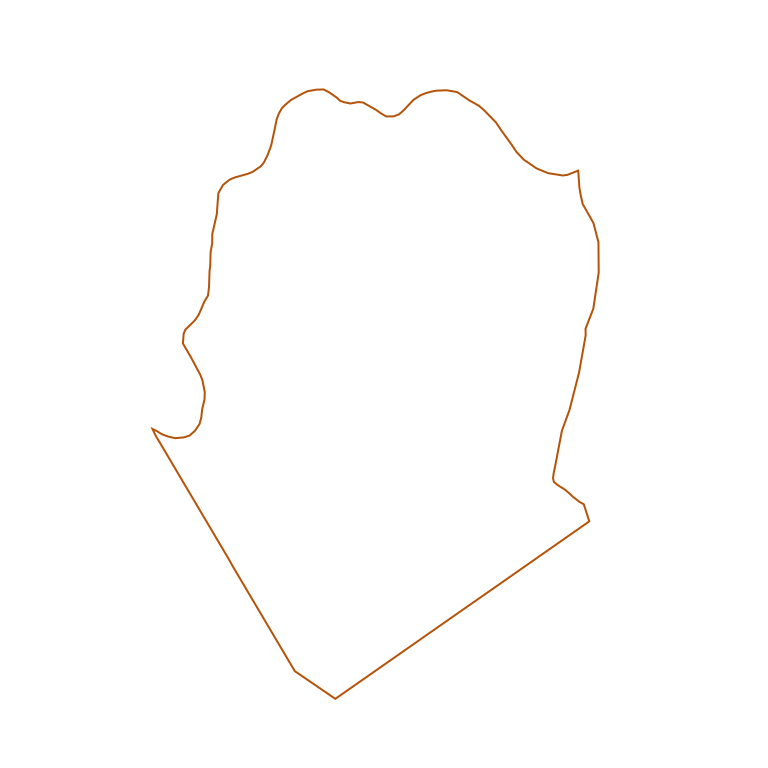 Júlio Borges, Piauí, Brazil, rotated 170°
{"feature_id": "56859067B47361229033127", "entity_name": "Júlio Borges", "entity_type": "district", "adm_level": 2, "iso_a3": "BRA", "parent_name": "Brazil", "parent_adm1": "Piauí", "projection": "orthographic", "projection_center": [-44.174, -10.418], "detail": "fine", "context": "isolated", "style": "outline", "palette": "amber", "viewbox_px": 768, "rotation_deg": 170, "n_neighbors": 0, "source": "geoboundaries", "source_scale": "gbopen_adm2", "svg_char_len": 1556}
<svg xmlns="http://www.w3.org/2000/svg" viewBox="0 0 768 768"><g transform="rotate(170 384 384)"><path d="M486.6,82.4L346.1,147.8L316.3,161.6L205.7,213.1L208.1,230.8L211.9,233.9L217.8,240.4L220.5,244.2L224.4,248.8L230.0,253.8L233.7,258.0L233.9,261.9L232.2,267.3L230.4,271.6L216.9,307.1L206.0,325.9L190.0,361.2L177.0,396.7L175.9,403.5L164.8,421.8L153.2,456.5L148.2,486.4L149.8,506.1L153.0,515.3L157.1,526.8L157.5,535.1L157.5,542.9L155.7,560.4L167.2,558.1L171.7,558.3L185.7,563.1L196.3,569.8L207.4,580.7L213.2,589.4L216.7,597.4L224.5,613.5L228.4,622.3L237.9,636.2L242.0,641.3L246.4,645.0L250.4,648.2L261.3,658.8L271.3,662.4L281.7,663.8L286.4,663.7L292.1,663.2L297.7,662.1L305.5,658.8L317.9,649.6L322.5,646.9L328.1,645.9L335.3,647.1L339.4,650.5L344.3,655.4L355.8,664.9L360.4,666.1L368.5,666.1L374.5,668.5L378.0,670.5L381.1,674.6L387.2,680.6L392.2,684.5L399.3,685.6L408.4,685.6L413.3,684.3L426.2,679.9L432.6,676.2L436.7,673.3L440.6,668.6L443.8,663.2L447.4,654.0L453.6,638.7L458.7,629.9L463.9,622.9L467.6,619.8L476.8,615.6L481.2,614.7L495.1,613.3L500.2,612.2L508.0,608.0L514.0,600.7L519.2,580.2L527.0,561.6L528.8,552.3L531.9,543.9L534.6,530.5L536.2,525.5L539.5,509.8L542.0,501.6L546.5,496.5L554.5,484.3L559.5,479.3L570.2,472.0L572.6,468.2L575.0,458.9L569.4,443.6L563.4,425.2L562.2,419.5L561.9,407.2L563.4,400.2L567.5,390.5L569.8,382.6L572.7,376.5L578.4,370.7L584.6,366.9L590.5,366.2L599.0,366.9L605.9,369.8L611.5,373.1L615.9,377.1L619.8,379.9L618.1,373.6L566.7,236.9L564.7,231.0L521.7,116.7L486.6,82.4Z" fill="none" stroke="#b45309" stroke-width="2"/></g></svg>